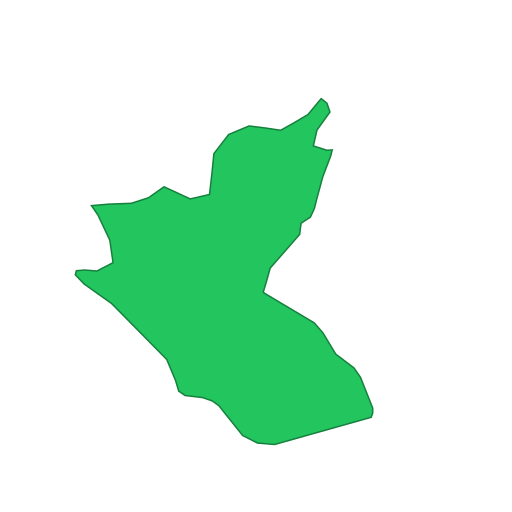 outline of Ağstafa, rotated 204°
{"feature_id": "AZE-1676", "entity_name": "Ağstafa", "entity_type": "District", "adm_level": 1, "iso_a3": "AZE", "parent_name": "Azerbaijan", "parent_adm1": "", "projection": "mercator", "projection_center": [45.457, 41.201], "detail": "fine", "context": "isolated", "style": "filled", "palette": "green", "viewbox_px": 512, "rotation_deg": 204, "n_neighbors": 0, "source": "natural_earth", "source_scale": "10m", "svg_char_len": 955}
<svg xmlns="http://www.w3.org/2000/svg" viewBox="0 0 512 512"><g transform="rotate(204 256 256)"><path d="M260.4,426.3L253.3,424.4L247.0,417.6L251.5,395.8L248.4,379.9L234.4,381.4L229.5,383.9L229.5,383.6L228.5,378.5L227.2,355.4L223.6,332.4L222.0,323.2L222.1,313.6L225.0,309.2L228.1,304.3L226.6,299.0L224.9,293.5L238.1,250.7L235.7,234.2L234.7,226.0L232.9,225.4L175.6,218.6L163.6,213.0L143.2,198.8L121.0,193.6L111.1,187.6L87.5,164.5L85.5,160.0L85.2,155.5L162.3,91.4L178.6,85.7L195.2,86.6L204.7,91.5L229.2,104.2L237.1,105.8L247.3,104.9L264.1,99.7L271.6,101.1L278.9,109.6L295.5,125.2L368.5,153.8L401.6,160.5L413.4,165.3L414.1,169.5L406.8,173.5L395.2,177.6L383.9,191.8L396.0,211.0L417.0,229.1L426.8,235.1L411.4,243.6L391.4,253.4L377.9,265.5L368.2,281.8L339.3,281.4L323.5,293.3L329.7,313.0L336.1,332.4L330.4,355.9L315.2,372.0L299.7,376.7L284.6,380.9L275.8,392.7L266.1,406.3L260.5,426.2L260.4,426.3Z" fill="#22c55e" stroke="#15803d" stroke-width="1.5"/></g></svg>